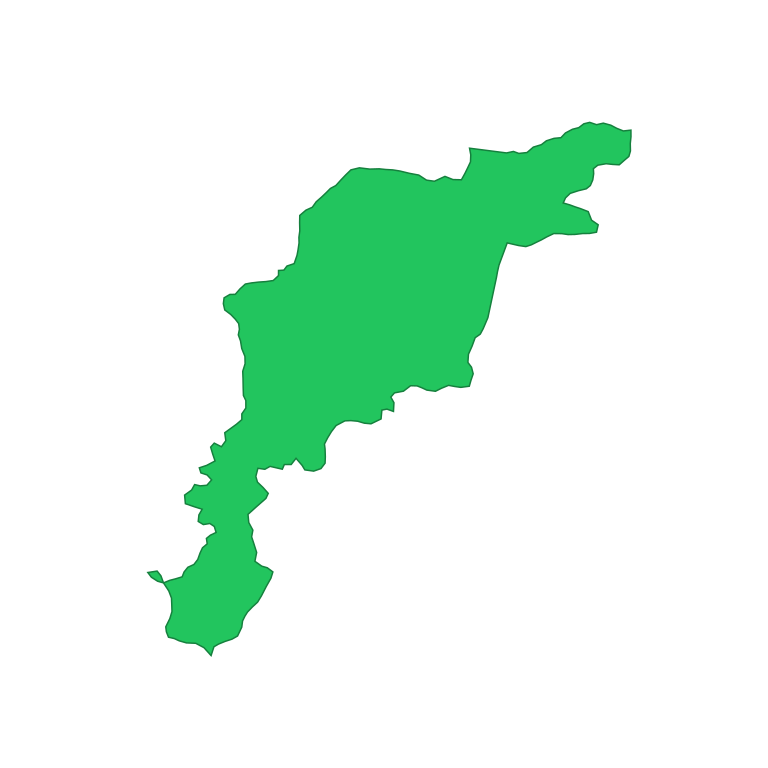 outline of Fundão, Espírito Santo, Brazil, rotated 103°
{"feature_id": "56859067B75686220387201", "entity_name": "Fundão", "entity_type": "district", "adm_level": 2, "iso_a3": "BRA", "parent_name": "Brazil", "parent_adm1": "Espírito Santo", "projection": "albers", "projection_center": [-40.334, -19.953], "detail": "fine", "context": "isolated", "style": "filled", "palette": "green", "viewbox_px": 768, "rotation_deg": 103, "n_neighbors": 0, "source": "geoboundaries", "source_scale": "gbopen_adm2", "svg_char_len": 3459}
<svg xmlns="http://www.w3.org/2000/svg" viewBox="0 0 768 768"><g transform="rotate(103 384 384)"><path d="M354.0,299.4L348.0,302.5L344.1,307.1L336.0,308.4L327.3,306.7L318.4,305.6L313.7,301.4L307.8,299.8L296.0,297.7L254.7,298.4L248.8,298.7L242.2,298.7L218.8,295.7L218.8,289.4L218.8,283.9L218.2,276.7L215.2,271.7L211.4,267.1L208.2,263.1L204.3,258.8L199.2,252.4L197.5,244.6L197.0,238.3L195.3,231.6L192.7,224.3L191.1,217.7L188.3,211.1L180.7,211.1L177.7,218.6L170.1,223.8L168.9,232.1L168.4,237.6L167.7,243.1L167.3,250.1L161.8,249.0L156.4,245.5L151.9,238.0L148.3,230.8L144.2,227.6L138.2,226.5L132.0,227.0L127.1,228.4L122.7,224.9L119.4,217.1L118.6,210.5L117.5,204.1L111.9,200.1L107.2,196.6L101.5,196.3L94.4,198.1L87.4,199.0L81.1,200.5L83.6,207.7L82.5,214.8L80.8,221.2L80.5,229.0L83.5,235.2L82.8,242.4L85.5,247.8L90.4,251.9L93.4,257.7L98.6,263.7L104.2,267.0L106.4,273.6L110.5,280.5L115.4,284.5L119.6,291.8L126.3,296.7L129.0,304.5L128.3,310.2L131.3,316.6L135.0,353.7L141.2,351.0L148.1,349.7L154.6,351.1L160.6,352.5L167.6,354.5L169.3,362.8L168.0,371.3L175.1,380.5L175.8,388.4L172.6,397.1L173.0,406.6L172.9,416.5L173.4,423.6L174.6,430.6L175.4,437.0L177.8,446.2L178.9,456.6L182.8,464.4L189.0,468.4L194.9,471.9L201.5,475.6L205.5,480.2L210.5,483.3L216.1,487.0L221.6,491.0L227.9,493.6L232.2,499.2L238.7,504.0L245.8,502.5L253.7,500.5L260.2,499.9L265.7,498.5L273.0,497.9L278.2,497.7L286.9,498.6L290.9,505.1L295.6,507.2L297.1,512.3L302.1,511.2L308.1,515.2L310.8,522.2L312.9,529.1L315.4,536.1L317.8,541.6L323.7,545.7L330.1,549.1L331.4,554.3L336.0,559.2L341.9,558.6L347.7,555.8L350.7,549.0L354.2,543.6L357.8,539.2L363.2,537.2L368.9,537.0L374.3,533.5L381.4,530.6L388.4,525.7L395.5,523.9L403.4,524.5L410.4,522.6L419.2,520.4L426.8,518.4L431.2,514.9L438.5,513.2L445.1,515.8L450.7,514.5L456.4,518.7L461.8,523.4L467.3,528.2L474.8,525.4L481.7,528.3L479.8,536.1L484.5,538.7L490.7,535.2L497.0,531.3L503.2,538.5L507.2,545.1L511.8,542.4L512.4,535.9L516.2,530.4L522.5,533.8L524.6,540.2L524.6,545.9L530.6,547.6L537.1,553.3L545.3,550.6L546.3,541.0L546.9,533.0L553.2,534.9L559.7,534.1L561.6,528.4L559.1,522.3L561.0,517.3L566.4,514.2L570.3,519.1L574.4,522.3L579.5,520.3L584.4,524.0L590.1,525.2L596.9,526.0L602.6,528.6L606.7,533.9L612.1,536.5L617.3,537.3L620.8,543.4L623.5,548.6L627.4,554.1L634.1,547.1L640.4,542.9L646.6,541.2L653.4,539.4L660.7,539.9L669.7,542.0L674.4,540.3L679.2,537.0L679.2,531.1L680.3,525.8L680.7,518.3L679.0,509.1L681.4,500.1L687.5,491.4L678.3,490.6L674.7,486.8L670.6,481.0L666.8,474.7L662.5,470.0L652.9,467.9L646.7,468.5L641.5,467.3L636.9,465.7L631.0,462.2L625.0,458.1L618.1,455.8L607.9,453.2L598.7,450.5L592.1,450.0L589.3,456.4L589.0,462.1L585.8,469.9L576.8,470.2L569.0,474.8L562.7,478.6L555.9,478.9L549.4,484.6L541.6,487.2L532.6,480.9L522.0,473.3L516.6,472.2L512.1,478.5L508.1,485.2L502.9,488.1L494.5,487.9L493.9,480.9L489.9,476.5L489.9,469.6L489.9,463.9L484.9,463.0L483.3,456.3L476.2,453.0L481.7,445.5L485.5,441.8L484.7,432.9L480.6,426.4L474.4,423.6L468.1,424.8L460.6,426.8L455.9,428.5L449.1,426.8L442.2,424.5L435.2,421.3L428.7,413.8L427.1,408.0L426.2,401.3L426.6,394.4L425.7,387.7L418.7,379.0L409.9,380.2L407.8,375.5L408.6,368.6L400.0,370.1L395.2,374.4L390.3,371.8L386.6,363.4L379.7,357.7L378.4,351.3L379.2,346.1L380.3,340.9L379.5,332.2L375.2,327.0L370.8,320.8L370.5,314.3L370.0,308.4L367.0,300.4L361.0,300.1L354.0,299.4ZM627.4,554.1L621.1,558.2L617.3,563.0L620.8,571.7L624.6,567.2L627.1,560.2L627.4,554.1Z" fill="#22c55e" stroke="#15803d" stroke-width="1.5"/></g></svg>